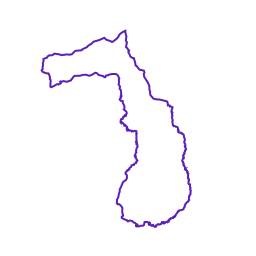 the district of Carepa, Antioquia, Colombia, rotated 241°
{"feature_id": "7082276B33450375559430", "entity_name": "Carepa", "entity_type": "district", "adm_level": 2, "iso_a3": "COL", "parent_name": "Colombia", "parent_adm1": "Antioquia", "projection": "mercator", "projection_center": [-76.684, 7.798], "detail": "fine", "context": "isolated", "style": "outline", "palette": "violet", "viewbox_px": 256, "rotation_deg": 241, "n_neighbors": 0, "source": "geoboundaries", "source_scale": "gbopen_adm2", "svg_char_len": 5855}
<svg xmlns="http://www.w3.org/2000/svg" viewBox="0 0 256 256"><g transform="rotate(241 128 128)"><path d="M214.3,172.8L214.5,171.0L214.2,166.8L213.4,165.0L212.5,163.9L211.6,161.6L210.9,156.8L211.0,155.7L213.1,154.4L213.8,153.5L216.0,151.7L218.4,151.0L218.8,145.8L220.2,139.6L219.4,137.0L219.3,133.1L218.6,131.2L219.0,126.4L218.4,125.2L220.9,119.7L220.8,118.4L219.7,114.7L220.5,112.3L222.1,110.1L223.2,106.9L223.8,106.3L224.0,105.0L225.8,103.5L228.5,100.0L228.8,99.2L228.4,98.5L228.5,96.7L229.7,94.3L229.6,92.5L228.8,91.2L229.3,89.0L229.2,87.2L227.7,86.8L225.6,84.7L224.7,84.5L222.2,82.5L220.8,81.9L220.3,80.4L219.1,80.5L217.8,80.9L217.1,81.8L216.4,82.2L215.2,83.4L214.3,84.9L214.1,85.0L211.7,84.7L209.7,84.1L208.8,83.4L207.4,83.6L202.1,80.3L201.4,80.2L200.9,80.6L200.6,83.7L200.8,86.6L200.4,87.8L199.7,88.3L199.9,89.0L199.6,90.5L199.8,91.0L201.4,91.1L201.5,91.5L200.6,92.6L200.3,94.3L198.1,96.9L197.3,101.3L198.1,102.3L198.1,103.1L199.2,104.9L199.4,106.2L199.2,107.2L197.4,110.5L196.8,111.9L196.5,113.9L195.0,117.0L192.4,119.5L192.0,122.7L192.2,125.5L192.0,126.5L190.6,127.6L188.6,128.0L185.6,131.3L183.9,132.0L183.5,132.8L184.3,133.8L184.5,134.5L183.8,135.9L183.8,137.7L183.3,138.7L183.1,140.0L181.2,143.4L180.1,144.2L178.8,144.6L177.4,144.6L176.5,144.3L175.3,144.3L174.8,143.5L174.0,143.0L172.9,142.7L170.6,140.9L168.0,141.1L166.6,139.8L165.9,139.7L165.1,140.1L164.0,139.9L160.7,138.4L160.3,137.7L159.3,137.9L159.0,137.6L159.3,137.6L159.2,137.4L158.9,137.4L158.9,137.0L158.5,137.0L158.1,136.7L158.2,136.4L157.8,136.3L157.2,134.7L156.9,134.5L155.1,135.0L154.3,136.4L152.2,135.6L150.0,135.6L148.3,135.2L147.4,134.7L146.4,133.9L146.2,133.3L143.2,134.5L141.7,134.2L139.6,131.9L139.7,131.6L140.7,131.7L140.8,131.5L139.9,130.8L140.2,129.4L139.3,129.0L139.2,128.3L138.5,127.6L139.1,126.6L138.8,125.8L136.6,124.2L136.1,124.3L136.9,124.8L136.7,125.2L133.7,126.2L132.1,126.0L132.3,126.6L132.0,127.1L130.3,127.1L129.7,127.7L129.4,127.7L128.2,126.7L127.9,127.4L127.2,127.3L127.0,126.7L126.5,127.2L126.5,126.3L126.2,126.2L126.2,126.7L125.6,126.9L125.6,127.7L124.3,128.9L123.8,129.9L123.2,129.8L123.3,130.5L122.7,130.7L122.4,131.3L122.3,132.6L121.3,133.1L121.4,133.4L121.1,133.8L119.7,133.0L119.1,133.1L118.9,132.9L119.1,132.7L118.4,132.1L116.6,131.4L115.1,130.4L113.3,129.7L112.8,129.1L112.3,129.1L112.2,128.4L111.6,128.2L111.6,128.7L111.1,128.8L110.7,128.0L110.2,128.2L109.8,127.7L109.3,128.2L108.6,128.0L108.1,127.5L107.0,127.4L106.2,125.8L103.9,123.8L102.5,123.4L102.4,122.8L101.6,121.6L100.4,121.3L100.3,120.4L99.7,120.6L99.7,120.3L99.2,120.2L98.6,120.7L98.0,120.3L95.0,120.4L94.6,119.8L94.6,119.0L93.5,118.3L93.7,116.3L92.8,115.1L93.3,114.4L93.6,112.9L92.5,112.0L92.4,110.3L91.9,109.5L91.4,109.4L91.2,108.8L91.5,108.5L91.1,108.0L91.4,107.2L90.8,106.8L91.0,106.0L90.4,105.1L90.2,104.2L88.8,103.7L87.8,104.1L87.2,104.1L84.6,102.7L83.3,100.6L83.5,99.3L82.8,96.7L82.2,96.3L80.8,94.4L79.8,93.4L78.6,91.3L76.0,89.6L75.2,88.4L72.2,86.0L70.5,83.4L69.0,82.8L67.7,81.7L66.9,82.0L66.3,81.9L66.0,82.9L64.9,83.7L62.3,84.3L60.8,84.3L57.1,82.1L53.8,81.3L53.5,80.8L53.5,79.7L53.1,79.2L52.4,79.0L51.7,79.3L48.6,81.6L47.9,82.4L46.7,82.4L46.3,82.7L46.3,84.7L44.6,86.5L42.6,87.1L41.6,88.2L40.2,88.5L39.0,89.5L38.6,89.4L38.8,87.7L38.4,87.4L37.8,87.7L36.6,90.0L36.4,91.7L35.2,93.9L35.4,94.9L37.7,96.9L36.7,99.0L35.7,99.8L35.1,100.9L34.3,101.2L34.0,101.1L34.0,99.7L33.6,99.4L33.1,99.4L32.4,101.0L31.2,101.1L30.8,101.4L31.2,102.5L31.0,103.0L29.7,102.9L29.0,103.6L28.6,103.5L28.4,103.8L28.3,104.8L29.2,105.4L28.9,105.9L29.4,107.3L29.2,108.0L28.4,108.4L28.0,110.5L28.8,111.4L29.2,112.2L29.0,112.4L27.9,112.3L26.9,113.4L26.9,113.9L28.0,114.0L27.4,114.7L27.4,116.2L26.3,116.9L26.7,117.9L27.1,118.1L26.8,118.4L27.3,118.6L27.2,119.0L27.6,119.5L28.0,119.6L27.7,120.8L28.4,121.4L27.4,123.8L27.6,124.0L27.9,123.8L28.3,124.5L27.6,125.5L27.8,126.2L28.4,126.3L28.3,127.1L29.1,127.9L29.8,129.7L31.0,131.3L30.9,131.6L30.5,131.8L31.1,133.1L30.4,134.5L30.0,137.0L31.0,138.0L31.6,139.4L32.9,140.2L33.1,140.8L33.7,141.4L33.8,142.2L34.5,143.2L34.4,144.8L35.0,145.4L35.3,146.6L36.1,146.6L37.7,147.8L38.4,148.0L38.8,148.9L39.5,149.4L39.5,150.0L39.9,150.7L41.2,151.2L41.6,151.8L42.8,152.2L43.0,152.6L44.4,152.6L45.1,153.6L46.1,153.6L48.6,154.9L49.4,154.0L50.7,154.1L51.9,155.3L52.4,155.4L52.7,156.1L53.7,156.5L54.8,156.0L55.3,156.5L56.3,156.7L56.6,157.1L58.1,157.8L58.8,158.6L59.9,158.1L60.6,158.8L60.9,158.4L62.0,158.9L62.7,158.7L63.2,158.1L63.8,158.0L64.3,158.1L64.5,158.5L64.6,158.0L65.3,158.6L67.4,158.9L68.4,158.4L69.5,159.4L69.9,159.1L70.9,159.3L71.4,159.8L72.4,159.4L73.1,159.5L74.8,161.4L74.6,161.8L75.0,161.8L75.2,162.6L76.9,162.6L77.3,162.9L77.2,163.4L77.6,163.5L78.0,164.0L78.1,164.9L79.4,165.4L79.8,166.5L80.9,167.2L81.1,168.4L83.1,168.8L83.7,168.6L83.9,169.1L84.9,169.1L85.0,169.7L86.5,170.3L87.9,170.2L88.6,170.4L89.7,171.8L90.8,172.3L92.8,172.6L95.0,173.4L95.7,173.3L96.0,173.0L97.4,172.6L97.3,172.1L98.5,171.7L98.7,170.9L99.8,170.1L100.5,170.1L100.7,170.8L101.6,171.2L102.1,170.7L103.4,171.6L105.0,171.6L106.1,170.3L106.7,170.1L107.4,169.0L107.8,169.1L108.6,168.6L112.4,170.0L113.0,170.9L115.8,171.4L117.0,172.7L117.5,172.5L118.6,173.4L119.3,173.4L120.0,174.4L120.3,174.4L120.6,173.8L121.1,173.8L121.9,174.6L122.8,174.9L123.3,175.9L124.5,177.0L125.4,176.5L126.4,175.1L127.2,175.5L127.8,175.1L128.4,173.8L131.0,175.0L132.5,174.9L137.8,169.2L138.6,167.7L140.7,165.0L142.0,164.3L145.9,163.6L147.5,164.0L148.8,164.9L151.3,165.4L154.4,167.0L157.4,167.4L164.9,167.0L167.7,168.0L168.2,169.0L168.7,169.3L170.3,169.7L171.9,168.2L173.0,166.7L174.4,166.1L177.8,165.7L178.9,165.0L179.5,165.0L180.4,165.6L181.8,165.8L183.3,166.4L185.2,166.6L185.9,167.1L186.4,166.9L187.1,165.9L189.4,164.7L192.0,165.1L194.3,165.1L195.1,166.5L195.6,166.5L196.4,166.0L197.8,166.2L199.8,165.5L203.5,168.6L205.3,168.5L206.0,168.8L208.7,170.9L212.8,172.0L214.3,172.8Z" fill="none" stroke="#5b21b6" stroke-width="2"/></g></svg>